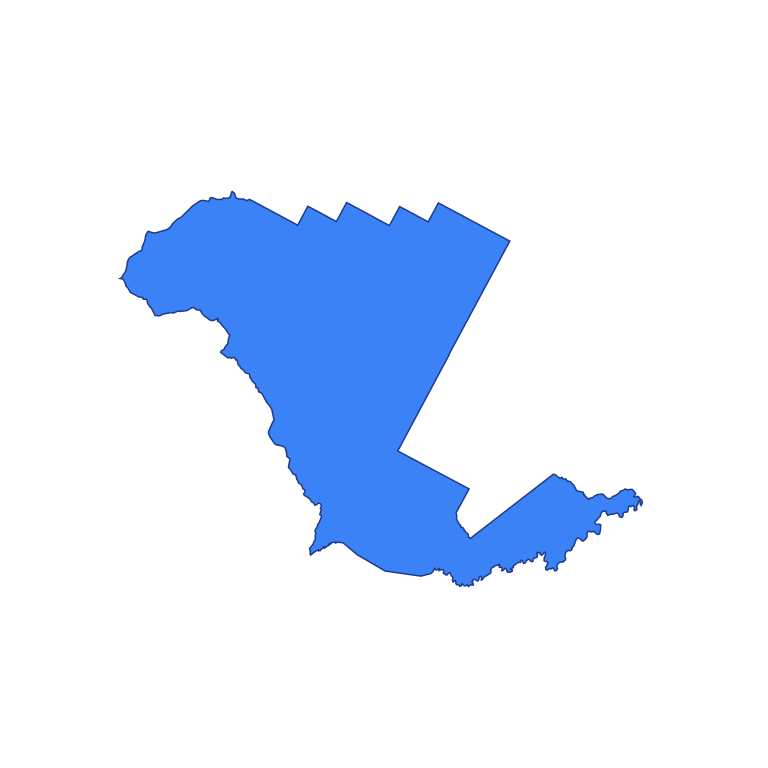 the district of Urumita, La Guajira, Colombia, rotated 208°
{"feature_id": "7082276B37330638753990", "entity_name": "Urumita", "entity_type": "district", "adm_level": 2, "iso_a3": "COL", "parent_name": "Colombia", "parent_adm1": "La Guajira", "projection": "equal_earth", "projection_center": [-73.039, 10.495], "detail": "fine", "context": "isolated", "style": "filled", "palette": "blue", "viewbox_px": 768, "rotation_deg": 208, "n_neighbors": 0, "source": "geoboundaries", "source_scale": "gbopen_adm2", "svg_char_len": 6170}
<svg xmlns="http://www.w3.org/2000/svg" viewBox="0 0 768 768"><g transform="rotate(208 384 384)"><path d="M589.3,483.9L591.4,481.5L595.4,481.2L598.1,479.6L600.9,478.9L602.1,479.0L605.8,482.3L608.4,482.7L608.7,482.0L607.6,477.1L608.7,475.1L611.1,473.4L612.8,473.1L614.1,470.7L618.1,468.5L623.3,467.9L624.7,466.8L624.5,463.2L624.9,462.8L629.5,461.4L632.1,459.7L636.6,451.4L641.3,436.2L644.0,432.1L646.0,426.0L646.3,422.1L648.2,418.3L656.8,410.0L659.0,409.0L663.8,408.1L664.1,407.6L664.2,403.7L662.4,398.0L661.9,392.1L660.6,388.1L662.7,385.9L667.9,376.2L668.1,373.0L667.8,371.4L665.4,364.2L665.1,362.0L665.7,354.4L666.5,353.3L664.5,353.9L662.8,353.7L660.4,352.1L657.6,349.2L655.6,348.7L650.9,345.8L641.3,345.8L637.6,347.3L637.0,346.0L636.2,346.0L633.1,347.3L630.5,344.2L626.7,342.1L625.3,342.0L618.2,337.0L614.0,339.0L611.8,342.1L606.6,346.3L602.9,348.2L600.1,351.7L598.0,352.4L592.5,356.3L589.4,361.2L587.7,362.2L584.7,361.4L580.9,362.8L577.3,360.7L574.1,359.6L567.2,358.8L564.8,359.6L562.2,362.8L562.1,363.9L560.7,363.5L560.8,361.8L560.3,361.3L557.4,361.3L554.5,359.7L549.6,358.1L544.5,355.1L543.4,355.1L542.1,349.6L540.8,346.0L541.6,343.1L541.6,340.2L542.0,338.8L543.3,336.6L543.0,335.2L534.1,333.8L533.2,334.7L530.8,335.1L529.9,336.5L528.6,336.7L528.1,337.3L526.3,335.7L525.4,336.4L521.5,332.4L519.9,332.1L517.8,330.7L514.7,330.3L511.9,328.9L507.5,329.6L505.1,326.6L503.8,326.2L501.7,324.6L497.8,323.7L495.8,321.7L495.5,320.7L493.3,321.0L491.0,318.3L487.5,318.5L479.0,312.7L475.0,311.2L471.0,308.7L464.1,300.5L464.4,298.6L463.7,288.1L462.9,286.4L460.7,284.2L452.3,279.8L450.2,279.8L447.0,280.9L442.7,281.6L441.5,281.3L438.0,277.9L435.8,274.4L431.9,273.8L429.5,266.2L428.9,265.3L427.0,264.8L422.3,261.9L419.1,262.1L416.2,258.8L414.4,258.1L413.8,257.0L412.4,256.4L410.5,256.5L408.2,255.2L406.7,253.5L404.4,253.3L403.3,252.0L403.4,249.5L402.2,248.2L400.0,248.3L395.1,247.5L392.7,246.0L391.1,246.1L388.0,244.6L386.8,245.8L386.3,247.7L385.4,248.4L383.8,248.4L382.0,247.0L381.8,244.3L380.4,243.5L379.9,240.9L379.5,240.4L379.7,239.6L379.3,238.5L377.6,238.3L376.8,237.3L376.3,232.4L376.5,229.0L376.0,226.0L376.2,222.6L375.7,221.4L374.5,220.7L373.3,217.3L371.5,214.3L371.9,213.1L371.5,209.2L372.5,203.9L370.3,201.3L369.6,199.4L368.4,198.6L366.7,202.7L364.2,206.9L363.4,205.9L362.6,207.0L362.1,207.0L362.3,207.9L360.7,210.4L361.1,211.0L360.8,211.8L360.6,212.2L360.2,211.4L359.7,211.4L359.8,211.9L359.5,212.3L359.2,212.0L359.1,212.9L358.9,212.4L358.6,212.6L358.8,213.2L356.9,215.5L357.8,216.5L357.1,217.7L356.4,217.2L355.6,218.3L356.0,218.8L355.8,219.3L354.3,220.7L352.7,221.4L352.3,220.8L351.8,221.2L351.9,221.8L346.6,224.3L344.6,224.4L327.5,220.7L295.2,219.4L261.2,231.7L253.6,238.7L252.7,241.2L252.8,244.9L251.1,244.2L250.1,244.4L248.8,246.8L248.3,246.6L247.6,245.1L246.5,247.0L244.0,247.5L243.2,246.8L242.8,244.8L241.6,244.6L240.8,245.1L239.7,244.4L238.6,245.1L238.4,246.9L237.0,248.3L234.5,246.3L232.4,245.6L231.4,242.8L230.4,241.7L229.8,241.7L229.3,243.5L228.8,244.0L228.1,243.6L226.8,241.5L225.6,240.9L223.9,241.8L221.9,241.0L221.0,242.2L221.3,243.6L221.0,244.3L218.4,243.4L217.1,244.3L216.1,245.7L214.4,244.9L213.5,247.0L210.7,248.5L211.5,249.5L212.2,249.6L212.6,250.7L213.4,250.3L213.2,253.4L212.3,254.1L209.2,253.8L208.4,254.6L208.6,256.6L209.4,257.9L209.1,259.1L208.5,259.6L207.1,259.0L206.1,256.6L205.6,256.9L204.9,260.9L203.3,263.1L201.2,267.1L201.3,268.4L202.5,269.9L202.6,271.6L202.2,273.0L201.0,274.1L200.6,276.0L198.2,277.5L197.5,279.1L196.8,278.8L196.6,277.1L196.0,276.3L194.4,277.3L193.5,277.1L192.8,276.3L192.4,274.4L191.1,275.6L190.8,277.8L190.3,278.3L189.0,278.0L186.9,275.9L184.8,276.6L182.9,278.9L183.5,280.1L185.4,280.1L185.2,281.1L183.6,282.4L183.7,283.3L184.3,283.9L184.4,284.9L183.4,285.8L182.7,287.9L180.8,290.3L179.7,290.6L180.3,292.2L180.1,292.9L178.7,292.9L176.6,291.2L175.4,292.2L175.2,295.2L174.2,296.9L173.3,297.4L171.2,296.3L169.7,296.6L169.4,297.6L169.9,299.4L169.8,300.5L167.9,302.3L167.6,303.3L168.4,305.6L169.8,306.4L169.6,307.4L166.7,308.1L166.2,307.1L164.5,306.8L164.0,307.5L163.5,310.7L162.7,311.0L161.0,308.4L161.0,306.0L159.8,303.2L158.4,303.0L156.2,303.8L155.4,303.3L155.0,299.5L155.3,297.9L153.9,296.1L152.5,296.2L151.7,298.4L150.0,298.9L148.6,300.9L148.0,300.9L145.6,299.3L144.5,299.8L144.0,302.4L145.8,303.9L146.2,306.8L145.1,309.3L142.6,310.6L141.2,313.7L141.9,315.6L143.3,316.4L144.4,319.9L144.2,322.2L143.1,323.6L141.3,324.1L140.4,325.9L141.0,327.9L140.4,330.8L141.3,335.9L141.0,338.4L140.6,339.2L139.3,339.5L136.3,338.7L134.6,338.6L134.3,339.0L133.3,341.4L133.0,343.4L133.1,344.8L134.7,347.4L134.7,349.1L134.1,350.2L131.6,350.6L129.3,352.4L126.4,351.5L124.4,351.5L123.3,352.9L124.5,357.2L126.6,361.4L127.5,361.5L130.6,359.6L132.3,360.1L132.9,360.7L133.0,362.0L132.1,363.7L132.0,365.8L130.9,368.6L131.7,371.3L131.5,373.4L130.2,374.9L128.4,375.9L126.7,374.0L124.5,373.1L123.0,375.3L120.4,376.7L118.5,378.9L117.0,379.7L114.9,378.7L113.7,377.3L111.6,377.8L111.1,378.5L111.2,380.2L112.3,382.3L111.6,383.5L109.2,385.1L109.0,386.4L110.4,390.0L110.1,391.7L108.3,391.6L107.2,393.4L106.2,393.6L105.2,392.9L104.1,390.2L103.5,389.8L102.7,390.0L101.7,391.9L103.5,394.2L103.4,396.6L104.2,400.1L103.7,400.8L103.1,400.8L101.4,398.3L99.9,397.5L100.2,400.7L102.2,402.6L104.8,403.0L105.8,403.8L107.4,403.9L108.8,402.2L110.5,401.8L110.2,404.6L110.4,405.5L115.5,407.5L119.5,404.8L121.1,404.8L122.0,404.3L122.9,402.3L125.0,400.5L125.4,397.6L127.8,393.5L129.3,392.1L129.5,390.3L130.6,388.8L133.2,387.8L139.0,389.5L139.7,389.3L143.7,386.5L145.4,384.2L146.4,381.6L148.2,380.3L149.0,378.1L150.0,378.7L151.4,378.5L152.2,379.2L153.5,379.0L154.3,379.9L155.1,379.7L155.2,380.5L156.4,380.5L157.2,381.9L163.8,380.2L168.3,383.4L173.6,385.2L177.1,384.5L178.9,385.6L181.0,384.2L183.2,385.1L184.3,383.2L185.4,383.7L187.6,383.6L189.6,384.4L192.1,383.9L235.4,287.9L236.2,288.5L237.4,288.5L239.2,291.0L242.1,291.5L243.5,292.5L244.5,292.4L245.0,293.2L246.9,294.2L249.2,293.7L249.9,295.2L251.8,295.5L256.9,299.2L257.8,301.7L259.9,304.1L259.6,331.3L340.4,331.3L340.2,440.1L340.5,442.9L340.0,569.2L421.0,569.4L421.1,547.9L453.5,548.0L453.6,526.4L502.2,526.7L502.3,505.1L534.7,505.2L534.7,483.7L589.3,483.9Z" fill="#3b82f6" stroke="#1e3a8a" stroke-width="1.5"/></g></svg>